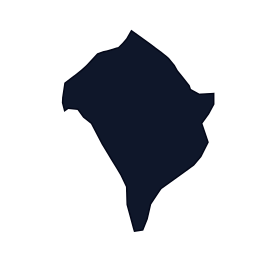 Ivo, Ebonyi, Nigeria, rotated 211°
{"feature_id": "59680162B35701990596564", "entity_name": "Ivo", "entity_type": "district", "adm_level": 2, "iso_a3": "NGA", "parent_name": "Nigeria", "parent_adm1": "Ebonyi", "projection": "equal_earth", "projection_center": [7.611, 5.914], "detail": "fine", "context": "isolated", "style": "filled", "palette": "ink", "viewbox_px": 256, "rotation_deg": 211, "n_neighbors": 0, "source": "geoboundaries", "source_scale": "gbopen_adm2", "svg_char_len": 1200}
<svg xmlns="http://www.w3.org/2000/svg" viewBox="0 0 256 256"><g transform="rotate(211 128 128)"><path d="M69.3,42.9L62.9,48.2L64.8,59.9L67.3,67.6L69.5,74.3L69.4,77.2L69.3,78.8L69.3,79.5L69.0,85.9L68.7,91.5L68.6,92.0L68.6,93.0L60.4,112.0L57.6,118.5L52.7,130.1L50.9,141.0L52.1,157.0L67.3,169.9L66.3,181.7L66.8,192.6L72.3,201.7L72.8,201.3L73.1,201.1L75.9,199.2L84.3,193.5L91.5,193.2L94.4,193.1L97.4,195.7L106.9,199.3L109.6,200.3L115.4,202.4L120.6,205.4L125.1,207.0L126.0,207.3L128.4,208.2L128.8,208.3L129.5,208.5L130.0,208.6L130.7,208.7L131.0,208.8L138.4,209.8L139.0,209.9L139.8,209.9L140.3,210.0L144.9,210.4L151.0,211.1L154.4,211.4L156.7,211.6L175.1,213.1L174.9,203.8L175.9,197.8L177.4,191.9L179.0,190.4L181.5,187.5L181.9,187.1L184.0,184.8L185.6,183.1L188.3,180.6L189.2,179.5L192.2,175.8L195.3,160.9L195.8,159.0L196.6,156.4L197.6,153.2L200.5,145.4L200.9,144.6L203.6,137.8L204.3,136.0L205.1,134.0L199.5,120.5L197.1,116.0L191.2,110.2L189.5,114.1L180.6,118.3L171.7,114.5L161.7,113.2L141.7,101.0L137.3,98.7L128.8,94.2L126.4,92.9L116.9,88.0L109.8,84.2L98.9,77.0L97.6,75.0L96.5,73.2L95.8,72.2L92.3,66.7L89.2,61.9L82.5,55.5L71.5,44.9L69.3,42.9Z" fill="#0f172a" stroke="#020617" stroke-width="1.5"/></g></svg>